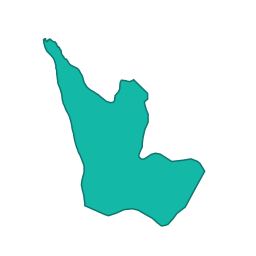 Mongoumba, Lobaye, Central African Republic, rotated 170°
{"feature_id": "33826404B21321520993489", "entity_name": "Mongoumba", "entity_type": "district", "adm_level": 2, "iso_a3": "CAF", "parent_name": "Central African Republic", "parent_adm1": "Lobaye", "projection": "robinson", "projection_center": [18.556, 3.707], "detail": "fine", "context": "isolated", "style": "filled", "palette": "teal", "viewbox_px": 256, "rotation_deg": 170, "n_neighbors": 0, "source": "geoboundaries", "source_scale": "gbopen_adm2", "svg_char_len": 3503}
<svg xmlns="http://www.w3.org/2000/svg" viewBox="0 0 256 256"><g transform="rotate(170 128 128)"><path d="M154.0,46.3L146.2,48.3L137.6,47.7L132.2,45.3L127.3,41.1L119.6,34.8L115.3,29.3L112.1,25.8L109.3,25.6L105.5,26.1L99.5,30.8L94.6,35.4L85.4,40.2L71.5,57.8L60.0,72.1L63.2,80.3L65.2,82.9L71.2,86.6L79.4,86.7L90.7,87.4L100.9,96.7L105.5,98.4L109.9,97.9L114.1,96.0L117.6,94.6L120.2,95.1L122.2,97.5L122.1,99.3L120.7,101.9L117.2,107.1L116.4,111.1L115.0,115.7L111.8,123.3L107.2,130.3L105.8,138.1L106.9,143.2L107.5,149.3L107.0,151.2L103.6,153.1L102.7,158.7L114.1,174.6L115.9,173.8L118.2,173.4L120.2,174.0L122.1,175.0L124.1,175.6L126.2,176.2L127.5,174.7L128.2,172.7L128.8,170.3L129.3,168.0L130.4,166.2L131.7,164.8L133.2,163.6L134.8,162.5L135.6,160.5L136.2,158.1L137.2,156.4L138.7,155.8L141.0,156.1L142.8,157.0L144.6,157.9L146.0,159.4L147.2,160.9L148.5,162.3L149.8,163.7L151.0,165.3L152.3,166.7L153.9,167.9L155.1,169.3L156.7,170.5L158.2,171.7L159.5,173.2L160.7,174.6L161.8,176.4L162.5,178.4L163.4,180.5L163.6,183.1L163.8,185.7L164.3,188.1L165.1,190.1L165.8,192.2L166.6,194.2L167.9,195.8L169.4,196.8L171.0,198.0L172.6,199.2L174.0,200.4L175.1,202.2L175.4,203.4L175.5,203.7L175.9,204.6L176.6,206.3L177.7,206.8L178.2,207.1L178.5,207.5L179.0,208.9L179.1,209.8L179.4,210.0L179.8,210.4L180.3,211.7L180.5,212.2L180.6,213.8L180.4,215.2L180.6,215.9L180.7,216.2L180.8,216.4L181.0,216.4L181.1,216.6L181.1,216.8L180.9,216.9L181.1,217.3L181.3,217.5L181.6,218.1L181.6,218.5L181.7,219.0L182.2,219.8L182.5,220.1L182.7,219.9L182.8,219.8L183.0,220.0L183.2,220.4L183.1,220.8L183.3,221.1L183.6,221.4L183.8,221.7L183.7,221.9L183.8,222.2L183.8,222.6L183.8,222.9L183.9,223.0L183.8,223.3L183.7,223.4L183.8,223.7L184.1,223.9L184.5,224.2L184.7,224.6L184.8,225.0L184.9,225.3L185.1,225.6L185.4,225.6L185.7,225.5L186.2,225.6L186.6,225.9L187.0,226.4L187.4,226.9L188.1,227.2L188.4,227.9L188.5,228.3L188.8,228.2L189.2,228.2L189.3,228.6L189.3,229.0L189.8,229.2L190.0,229.1L190.4,228.9L190.7,228.8L191.0,228.6L191.1,228.4L191.3,228.2L191.5,228.0L191.9,227.9L192.0,228.0L192.1,227.7L192.3,227.4L192.3,227.2L192.5,227.1L192.7,227.3L192.7,227.5L193.0,227.6L193.4,227.9L193.6,228.1L193.8,228.4L194.1,228.8L194.3,228.9L194.3,229.2L194.4,229.4L194.0,229.8L193.8,229.7L193.7,229.6L193.6,229.8L193.7,230.1L194.0,230.3L194.3,229.9L194.5,230.0L194.6,230.3L194.9,230.2L195.0,230.1L194.9,230.0L194.6,229.8L194.6,229.7L195.0,229.6L195.9,229.5L196.0,226.7L195.9,224.7L195.8,223.2L195.6,222.1L195.4,220.7L194.9,219.0L194.5,217.8L193.5,216.2L192.8,215.2L191.9,214.0L191.1,212.7L189.2,209.3L188.8,207.9L188.6,206.2L188.4,204.9L188.3,203.3L188.1,201.4L188.6,200.4L188.5,198.9L188.3,197.1L188.4,195.7L188.8,193.5L188.8,191.4L189.0,188.6L189.0,186.9L189.2,184.7L189.0,182.6L188.4,180.3L188.0,178.3L187.7,175.9L187.5,173.3L187.5,171.0L187.8,166.8L187.6,165.0L187.4,163.1L186.9,161.4L186.5,159.7L186.2,157.7L186.0,156.8L185.5,155.1L184.9,153.7L184.4,152.3L183.7,149.4L183.4,147.3L183.0,142.5L183.0,139.2L183.1,137.0L182.9,134.9L182.6,131.8L182.6,129.2L182.7,127.2L182.6,124.9L182.4,122.9L182.2,120.2L181.7,116.9L181.3,115.4L181.2,113.9L181.1,113.3L180.9,112.2L180.5,111.1L179.9,109.5L179.4,106.9L178.9,104.7L178.5,102.2L178.0,99.7L177.9,98.0L178.0,96.7L178.4,95.3L178.9,92.2L179.4,90.9L179.9,89.9L180.6,88.5L180.9,87.8L182.1,85.2L182.6,83.7L183.2,82.0L183.7,80.2L183.8,78.8L183.6,77.2L183.7,75.6L183.6,74.1L183.4,72.2L183.2,69.5L183.5,64.7L183.5,62.2L183.7,60.4L184.0,59.0L166.0,46.9L162.4,45.0L154.0,46.3Z" fill="#14b8a6" stroke="#0f766e" stroke-width="1.5"/></g></svg>